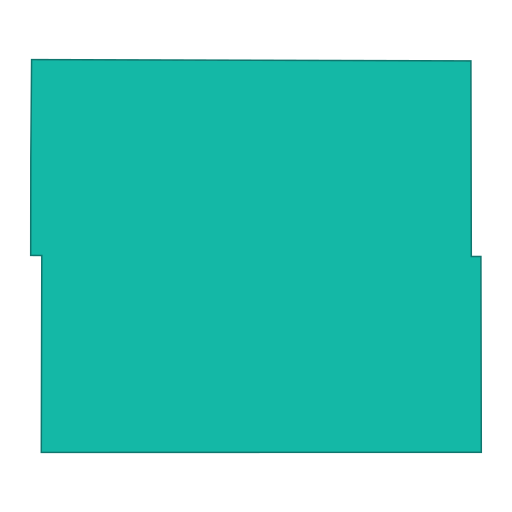 Grant, Minnesota, United States of America
{"feature_id": "52423323B67353277532056", "entity_name": "Grant", "entity_type": "district", "adm_level": 2, "iso_a3": "USA", "parent_name": "United States of America", "parent_adm1": "Minnesota", "projection": "natural_earth1", "projection_center": [-96.012, 45.934], "detail": "fine", "context": "isolated", "style": "filled", "palette": "teal", "viewbox_px": 512, "rotation_deg": 0, "n_neighbors": 0, "source": "geoboundaries", "source_scale": "gbopen_adm2", "svg_char_len": 245}
<svg xmlns="http://www.w3.org/2000/svg" viewBox="0 0 512 512"><path d="M481.3,452.3L480.9,256.5L471.3,256.5L470.9,60.9L31.6,59.6L30.8,157.5L30.7,255.4L41.8,255.5L41.3,452.4L481.3,452.3Z" fill="#14b8a6" stroke="#0f766e" stroke-width="1.5"/></svg>